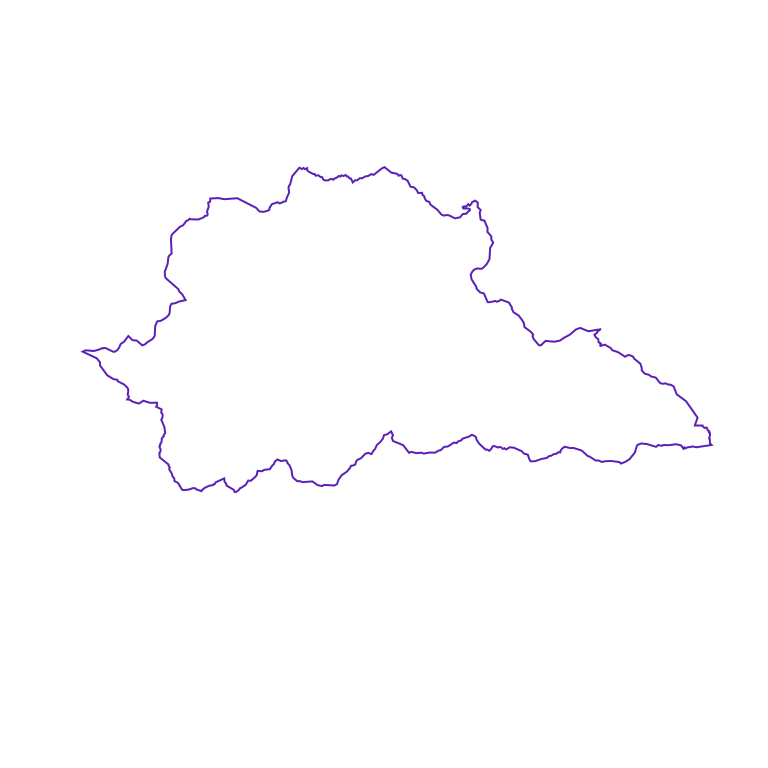 Andreiasu De Jos, Vrancea, Romania (Mercator projection), rotated 231°
{"feature_id": "2599482B32209112842541", "entity_name": "Andreiasu De Jos", "entity_type": "district", "adm_level": 2, "iso_a3": "ROU", "parent_name": "Romania", "parent_adm1": "Vrancea", "projection": "mercator", "projection_center": [26.796, 45.716], "detail": "fine", "context": "isolated", "style": "outline", "palette": "violet", "viewbox_px": 768, "rotation_deg": 231, "n_neighbors": 0, "source": "geoboundaries", "source_scale": "gbopen_adm2", "svg_char_len": 6166}
<svg xmlns="http://www.w3.org/2000/svg" viewBox="0 0 768 768"><g transform="rotate(231 384 384)"><path d="M304.1,571.8L305.6,567.4L305.4,559.3L306.6,553.1L307.0,548.0L309.6,543.1L315.8,536.7L315.3,530.3L316.6,528.8L324.9,528.6L327.6,529.5L328.7,531.1L332.3,530.9L339.8,529.0L343.5,531.1L347.1,531.6L352.6,531.7L358.2,529.8L362.1,530.7L363.0,531.6L368.7,532.3L376.0,528.0L376.1,525.6L377.1,523.2L378.4,522.9L381.0,517.7L382.4,516.1L391.5,518.6L394.6,516.4L399.7,515.9L401.5,516.9L410.1,517.9L414.6,520.3L415.8,523.7L416.1,526.5L414.9,529.5L413.0,531.2L411.9,533.1L412.4,538.9L414.6,544.5L422.9,552.1L425.2,557.9L428.7,558.3L431.2,560.3L437.1,560.1L440.0,562.6L447.8,564.9L450.1,562.9L451.4,562.8L456.9,566.2L458.3,568.6L462.6,568.1L465.8,571.0L469.1,570.3L469.9,567.0L469.1,565.4L468.7,562.9L470.7,562.7L470.2,559.8L471.8,557.8L471.9,556.4L470.5,556.1L467.5,559.7L465.9,560.7L465.0,560.2L464.9,556.3L464.5,555.2L466.5,552.1L465.7,548.0L468.1,543.4L473.7,540.9L475.5,539.5L477.4,536.3L479.5,535.3L485.9,535.1L494.1,533.0L497.0,533.8L499.7,532.1L502.7,532.5L504.7,533.5L506.6,532.9L508.6,533.9L511.0,530.7L513.6,531.4L517.7,531.2L520.7,528.8L526.9,530.2L529.7,529.5L531.8,527.8L535.2,528.8L536.4,527.8L536.6,526.5L539.1,526.5L543.7,522.7L552.2,520.9L552.9,518.0L553.0,508.1L553.3,507.3L555.0,506.5L555.6,502.6L557.0,500.3L557.7,496.3L559.1,494.9L559.3,491.3L560.5,489.8L560.3,486.6L564.5,487.6L565.5,486.6L567.9,486.7L568.6,485.7L570.5,485.8L571.3,483.2L573.0,482.2L572.7,480.6L574.1,479.8L574.1,477.0L574.8,475.0L574.7,473.2L576.4,472.3L577.2,470.7L577.3,468.9L579.6,465.9L581.5,465.5L583.5,466.2L584.9,464.9L587.6,464.3L589.0,461.9L590.9,462.3L591.5,461.3L596.7,459.0L598.6,458.9L600.1,460.1L600.8,457.7L602.5,457.4L602.7,455.5L605.3,454.4L603.3,443.6L598.1,436.5L597.8,435.0L596.5,433.2L592.5,430.8L589.9,425.6L588.1,423.2L588.0,422.1L588.9,420.7L589.7,417.3L590.3,416.3L592.2,415.8L594.3,410.1L592.8,405.6L591.6,404.7L591.9,402.5L593.5,398.8L596.5,395.8L601.4,395.5L620.7,386.9L628.2,376.1L632.5,372.5L637.5,365.7L635.1,363.6L635.6,361.5L632.2,359.5L629.3,354.9L626.8,353.8L626.2,352.5L627.4,350.4L627.0,349.3L627.3,347.4L628.8,343.1L633.4,337.7L634.7,337.0L634.5,334.5L635.2,333.1L633.8,327.9L634.6,324.3L633.7,313.9L633.0,312.1L630.2,309.3L619.1,301.1L618.9,297.9L618.3,296.3L613.4,291.3L609.2,284.3L605.7,281.7L603.6,281.0L586.9,283.9L585.1,283.1L580.4,283.6L574.1,282.6L577.0,276.7L578.2,272.5L580.1,269.4L578.9,266.6L574.2,262.2L573.1,260.4L572.7,256.4L573.3,251.9L573.6,250.2L575.3,247.5L575.0,246.4L573.0,242.6L565.8,236.2L565.0,234.3L564.7,231.8L565.4,226.2L565.2,223.3L566.1,220.5L573.5,219.1L576.3,216.1L582.2,215.5L580.4,208.5L580.8,204.6L578.9,200.8L578.2,197.9L578.5,195.1L579.6,193.8L586.3,190.7L588.2,189.2L588.6,187.8L589.3,187.5L589.8,185.0L592.2,179.3L597.2,174.2L598.1,172.9L598.7,170.2L584.9,176.9L579.7,177.0L577.1,175.0L564.9,174.4L557.9,176.9L555.1,179.4L553.5,178.9L547.5,181.6L543.6,182.2L541.5,182.1L539.4,180.8L536.9,178.0L535.1,177.9L534.3,177.3L533.6,174.7L531.9,176.4L528.1,177.7L523.4,180.9L522.9,181.8L522.5,186.4L516.6,190.3L512.4,195.8L510.4,194.4L509.8,192.6L504.2,195.2L501.9,192.8L500.4,193.0L498.6,192.1L497.0,190.1L496.4,188.4L488.9,186.3L483.6,183.1L482.8,180.3L482.0,179.9L481.6,177.2L478.7,174.3L478.1,171.9L477.0,171.3L476.8,170.1L473.3,169.0L471.9,167.2L471.8,166.0L468.0,163.5L457.0,165.9L455.8,165.0L454.0,165.0L453.0,163.4L447.8,162.7L445.6,161.6L442.7,161.6L440.5,160.1L436.6,161.7L428.9,160.5L427.7,161.5L424.9,165.6L423.4,169.9L421.9,171.6L420.0,171.9L415.6,174.8L416.1,175.6L416.1,179.4L414.9,184.3L413.0,187.4L413.4,188.0L412.8,189.4L413.5,191.4L411.2,200.4L408.3,198.6L405.2,198.5L404.2,197.7L396.4,200.6L394.0,200.0L393.2,201.2L393.0,204.2L393.6,206.8L393.1,208.1L392.7,213.2L394.4,217.7L392.6,219.6L392.9,226.2L393.3,227.7L396.0,231.1L392.8,234.5L392.9,236.2L392.2,237.7L389.6,241.6L390.8,245.3L391.1,248.1L392.4,250.3L392.4,253.7L389.0,255.4L386.6,259.6L384.5,260.0L383.4,259.2L380.2,259.4L375.0,257.8L370.6,255.1L368.3,254.4L362.8,255.5L362.0,257.0L358.8,259.2L353.4,267.0L347.2,268.8L343.7,271.5L343.3,273.9L336.3,281.6L335.8,284.4L338.3,288.6L339.7,293.5L339.3,300.2L340.2,304.9L341.2,306.9L339.7,309.6L339.7,311.4L341.1,313.1L341.8,315.4L340.8,319.5L341.6,325.6L340.2,328.7L337.7,329.8L337.5,330.8L338.7,333.3L339.1,336.1L341.1,340.0L341.2,344.1L342.2,348.7L344.2,351.7L342.9,355.2L342.7,359.7L338.5,358.7L337.2,356.2L334.0,355.1L324.4,360.4L314.7,360.2L314.0,362.7L310.1,365.4L307.1,369.8L304.9,371.1L302.2,376.0L298.5,380.5L298.0,384.3L296.9,386.3L297.3,391.0L295.2,394.5L294.5,401.5L292.4,403.2L292.7,405.5L291.6,408.4L292.1,410.5L289.6,417.3L289.2,420.4L285.4,422.1L282.3,420.9L277.9,420.4L269.1,421.6L268.1,423.0L265.8,423.8L266.1,426.5L267.2,429.3L266.4,430.6L262.7,432.8L262.5,434.0L261.2,435.1L258.7,435.6L258.2,437.3L256.7,437.4L256.1,438.8L255.7,441.9L252.8,444.8L245.1,448.8L242.0,448.9L238.6,451.3L234.0,449.6L231.9,449.3L231.2,449.7L228.8,453.1L226.7,459.1L224.1,464.0L224.2,466.5L223.0,468.9L222.7,471.6L221.4,473.8L221.3,476.5L219.9,477.9L220.9,479.0L221.7,481.6L221.6,484.8L216.7,488.7L215.1,491.0L207.8,495.8L199.8,497.0L198.1,498.1L191.3,500.4L189.3,502.8L186.4,504.1L184.9,507.1L181.3,512.0L175.1,517.9L173.1,518.0L171.7,522.2L171.1,527.5L172.8,535.7L177.0,541.9L176.8,543.9L175.8,546.6L171.9,550.5L164.1,555.8L163.8,556.8L164.1,558.6L161.1,561.0L160.7,562.9L157.8,566.0L153.2,573.3L149.2,576.3L145.3,576.0L145.7,577.6L144.4,577.5L143.6,580.5L142.1,582.4L141.6,584.2L138.2,587.0L130.5,600.2L132.8,600.0L136.2,602.6L137.1,602.4L139.2,605.3L140.8,606.4L141.7,606.0L142.5,607.1L144.3,606.4L146.4,607.4L147.5,606.9L147.9,605.6L150.8,604.9L151.3,605.4L156.1,599.4L160.5,606.5L180.6,607.9L191.7,605.0L200.0,607.6L203.4,606.1L204.5,604.7L207.3,603.2L208.8,600.7L210.9,599.2L218.0,599.2L221.8,596.3L224.2,595.8L228.0,593.1L232.5,592.9L234.2,594.4L238.5,596.0L245.9,594.4L248.8,594.7L251.3,593.4L253.0,591.6L253.5,588.5L261.5,585.9L266.5,582.7L269.3,582.8L275.6,580.4L277.3,576.2L278.2,576.4L278.5,577.8L279.1,578.0L281.3,577.0L284.0,578.7L287.3,578.0L289.9,578.6L289.7,581.6L290.6,583.2L290.1,585.8L290.5,586.3L296.4,576.0L304.1,571.8Z" fill="none" stroke="#5b21b6" stroke-width="2"/></g></svg>